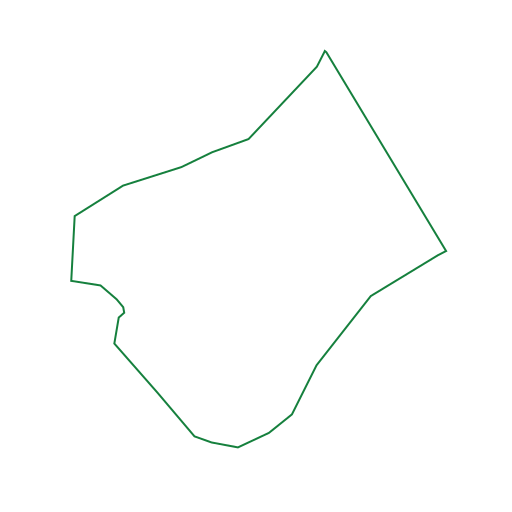 the border of Šentjernej, rotated 255°
{"feature_id": "SVN-987", "entity_name": "Šentjernej", "entity_type": "Municipality", "adm_level": 1, "iso_a3": "SVN", "parent_name": "Slovenia", "parent_adm1": "", "projection": "robinson", "projection_center": [15.351, 45.818], "detail": "fine", "context": "isolated", "style": "outline", "palette": "green", "viewbox_px": 512, "rotation_deg": 255, "n_neighbors": 0, "source": "natural_earth", "source_scale": "10m", "svg_char_len": 505}
<svg xmlns="http://www.w3.org/2000/svg" viewBox="0 0 512 512"><g transform="rotate(255 256 256)"><path d="M436.2,375.5L434.6,376.7L211.6,440.9L211.4,439.9L209.8,432.7L209.8,432.4L187.6,356.5L134.8,286.2L93.7,249.7L81.8,222.7L75.8,189.0L87.4,164.8L97.7,149.9L149.6,125.4L208.1,96.5L232.1,107.5L235.3,114.0L240.9,114.5L250.2,110.2L267.8,98.2L279.8,71.1L341.5,91.2L358.4,145.8L361.2,207.0L367.6,240.6L370.9,279.1L423.1,363.8L435.3,374.8L436.2,375.5Z" fill="none" stroke="#15803d" stroke-width="2"/></g></svg>